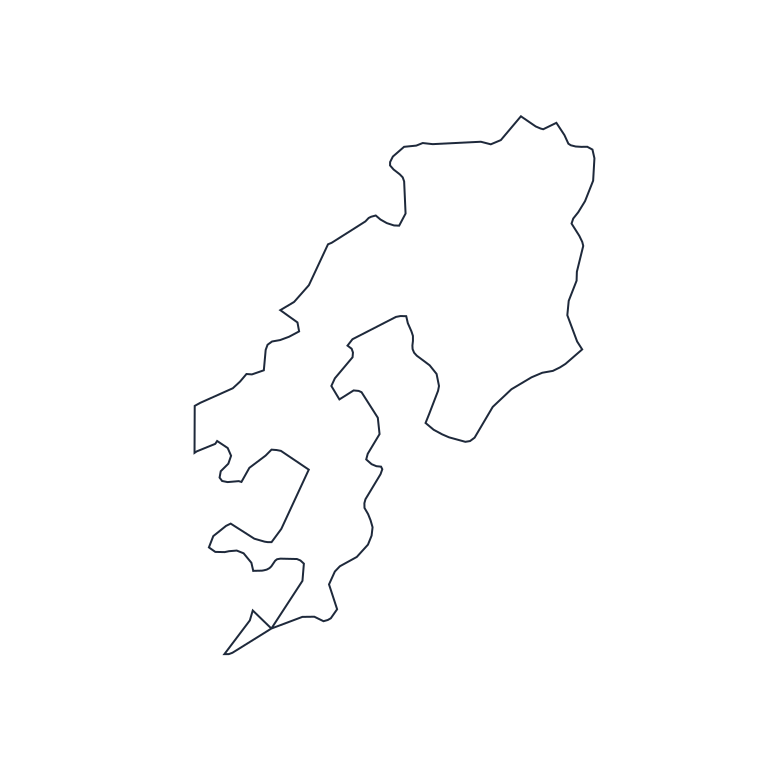 SVG path tracing the border of Basel-Landschaft, rotated 305°
{"feature_id": "CHE-3423", "entity_name": "Basel-Landschaft", "entity_type": "Canton", "adm_level": 1, "iso_a3": "CHE", "parent_name": "Switzerland", "parent_adm1": "", "projection": "robinson", "projection_center": [7.631, 47.451], "detail": "fine", "context": "isolated", "style": "outline", "palette": "slate", "viewbox_px": 768, "rotation_deg": 305, "n_neighbors": 0, "source": "natural_earth", "source_scale": "10m", "svg_char_len": 2492}
<svg xmlns="http://www.w3.org/2000/svg" viewBox="0 0 768 768"><g transform="rotate(305 384 384)"><path d="M421.9,265.8L466.3,258.0L469.6,260.1L506.5,275.5L511.2,276.2L513.6,277.5L517.3,280.6L516.7,286.7L517.4,294.0L519.6,301.2L522.4,305.6L536.0,303.9L561.5,284.3L564.0,280.8L564.8,276.7L565.2,268.8L566.5,263.6L569.3,261.7L575.4,260.8L589.8,264.4L597.8,273.7L603.6,277.5L608.4,286.3L638.0,324.4L641.6,334.0L650.8,339.8L681.8,342.6L682.0,360.6L683.1,365.8L684.0,368.3L696.8,375.4L691.4,389.0L686.6,397.2L686.7,400.1L688.5,404.8L691.5,409.7L694.9,414.4L695.6,420.3L689.6,426.9L670.5,438.7L649.1,443.8L636.1,444.6L628.1,444.1L623.0,445.6L617.4,459.0L614.1,464.9L611.4,468.0L586.6,477.6L579.1,482.5L558.1,487.6L545.5,494.7L529.6,517.8L526.0,526.5L504.5,521.1L498.5,518.6L491.6,514.8L484.0,507.2L474.1,501.0L452.8,491.4L427.6,486.2L392.0,489.0L386.6,487.2L383.3,483.8L377.6,467.8L376.1,460.4L375.0,450.9L375.9,440.4L385.3,438.2L409.4,432.2L413.9,430.2L422.4,421.3L425.5,410.7L426.0,394.6L426.9,390.7L429.0,387.4L431.8,385.2L435.9,383.0L440.0,380.1L442.9,376.2L447.5,368.6L452.3,363.3L449.1,358.5L445.8,355.3L402.6,332.5L394.5,332.1L394.3,337.3L392.0,340.5L387.9,342.9L360.5,340.5L352.2,342.0L345.8,356.3L361.3,362.8L363.8,367.2L364.4,370.3L352.8,398.3L340.4,409.1L317.5,410.7L312.0,412.7L311.2,419.8L312.3,424.9L314.6,429.0L313.2,431.5L308.1,432.9L279.0,434.9L275.1,436.3L271.3,439.1L268.3,445.6L264.7,451.1L260.1,456.8L252.7,460.8L243.2,463.0L226.7,460.9L209.4,452.4L202.2,451.3L188.3,453.9L172.6,474.8L161.6,474.8L158.4,473.3L155.0,470.5L153.4,460.4L146.4,450.7L119.1,432.0L176.0,430.1L190.9,421.4L191.5,416.8L190.7,413.1L181.5,399.3L179.1,396.9L176.8,396.2L170.0,396.3L167.5,395.8L164.7,394.4L162.4,392.4L161.1,391.1L156.2,384.4L155.9,384.1L161.5,377.9L164.8,366.1L163.1,358.9L158.2,353.0L154.9,349.9L149.7,342.1L149.7,334.3L161.5,331.4L177.2,336.0L181.7,338.5L182.9,366.5L186.4,376.7L187.8,379.5L190.0,382.6L206.4,383.0L270.7,371.5L270.1,337.9L268.3,333.9L265.7,329.5L257.5,328.1L238.1,321.8L222.0,323.4L221.1,320.7L213.9,312.1L211.7,307.0L213.0,303.0L218.9,300.3L229.4,302.2L237.5,299.9L241.9,292.7L241.6,280.0L238.2,280.1L221.3,269.2L218.9,268.3L257.5,241.5L263.2,244.3L293.8,262.6L303.4,264.7L313.3,265.6L316.1,270.3L326.3,277.7L344.1,267.5L349.4,266.1L354.6,267.9L360.4,273.7L368.2,279.1L378.4,284.3L384.8,277.8L385.0,256.7L399.7,263.3L421.9,265.8ZM113.4,409.7L123.2,406.4L119.1,432.0L76.9,414.0L73.7,411.8L71.2,408.2L113.4,409.7Z" fill="none" stroke="#1e293b" stroke-width="2"/></g></svg>